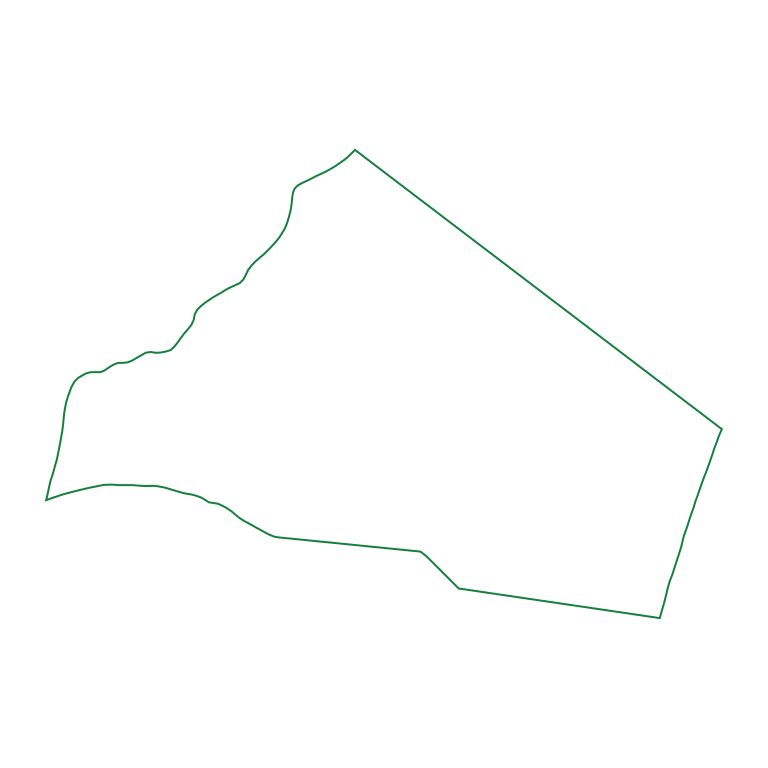 Raghwan, Ma'rib, Yemen
{"feature_id": "15242507B55081881652905", "entity_name": "Raghwan", "entity_type": "district", "adm_level": 2, "iso_a3": "YEM", "parent_name": "Yemen", "parent_adm1": "Ma'rib", "projection": "robinson", "projection_center": [45.02, 15.774], "detail": "fine", "context": "isolated", "style": "outline", "palette": "green", "viewbox_px": 768, "rotation_deg": 0, "n_neighbors": 0, "source": "geoboundaries", "source_scale": "gbopen_adm2", "svg_char_len": 2320}
<svg xmlns="http://www.w3.org/2000/svg" viewBox="0 0 768 768"><path d="M355.0,149.9L348.8,156.0L347.9,157.0L345.8,158.6L344.0,160.1L340.0,162.9L335.8,165.8L331.2,168.6L326.4,171.3L321.4,173.7L316.9,175.7L312.1,178.2L307.1,180.7L302.8,182.7L298.0,185.2L294.6,188.6L292.8,193.4L292.1,198.7L291.5,205.1L290.4,211.3L288.8,217.5L286.9,223.5L284.8,228.5L281.8,233.6L278.9,238.0L275.8,241.8L272.4,245.6L268.4,249.8L263.8,254.3L259.4,258.0L255.0,261.8L251.4,265.7L248.1,270.0L246.0,274.5L243.5,279.3L239.6,283.2L234.8,285.4L229.9,287.6L225.8,289.8L221.4,292.6L217.4,294.8L212.8,297.5L208.9,300.1L204.7,303.0L200.5,306.4L197.1,309.9L194.7,314.5L193.8,319.6L191.5,324.6L187.9,329.3L184.0,333.7L180.5,338.4L177.7,342.4L174.3,346.7L170.6,350.1L166.1,351.5L160.8,352.5L155.7,352.8L150.8,352.0L145.7,352.7L141.2,355.3L136.8,357.8L132.1,360.6L127.8,362.3L122.7,362.9L118.0,362.9L113.7,364.5L108.7,367.6L104.7,370.4L100.5,372.1L95.5,372.1L90.7,372.2L86.0,373.4L81.8,375.7L77.8,378.2L74.3,381.9L71.4,387.1L69.5,392.2L67.8,396.9L66.2,402.3L65.0,408.2L64.1,413.8L63.6,419.1L63.0,425.4L62.2,431.5L61.2,437.1L60.2,442.8L59.1,448.6L58.0,454.0L56.8,459.8L55.1,465.4L53.8,470.5L52.2,475.8L50.5,480.8L49.3,486.2L48.0,492.1L47.0,497.0L46.1,500.1L48.4,499.4L53.3,497.6L58.4,495.9L63.4,494.3L68.2,493.0L73.5,491.6L79.3,490.1L83.7,489.1L89.2,487.8L94.8,486.7L99.2,485.8L104.0,484.9L108.5,484.7L113.4,484.7L118.2,485.1L123.5,485.1L128.5,485.1L134.0,485.2L139.1,485.7L144.5,486.0L150.1,485.9L155.5,485.9L160.2,486.7L164.9,487.6L170.6,489.3L175.5,490.8L181.0,492.4L185.9,493.6L191.0,494.4L195.7,495.6L200.4,497.2L204.9,499.7L208.8,502.3L213.3,503.0L217.8,503.7L222.1,505.6L226.7,508.1L231.9,511.6L235.5,514.8L239.4,517.9L244.0,520.9L248.6,523.3L252.9,525.7L257.1,528.1L261.4,530.4L265.5,532.7L269.6,534.8L274.1,536.6L278.6,537.4L420.5,551.6L426.5,556.3L458.7,588.5L659.7,618.1L660.5,615.4L661.9,610.5L663.5,605.1L665.2,598.8L666.6,593.0L668.0,587.1L670.0,580.4L672.2,574.9L681.1,547.3L682.3,542.3L683.9,535.8L685.9,530.3L687.8,524.8L689.7,518.7L691.4,513.5L693.7,507.3L695.3,501.7L697.2,496.6L699.6,489.7L701.2,485.0L703.7,478.1L705.6,473.4L707.3,468.8L709.1,463.9L710.7,459.1L712.4,454.4L714.0,449.2L715.8,444.5L717.4,440.2L717.5,439.8L719.2,435.1L721.9,429.2L688.0,403.4L406.7,189.3L355.0,149.9Z" fill="none" stroke="#15803d" stroke-width="2"/></svg>